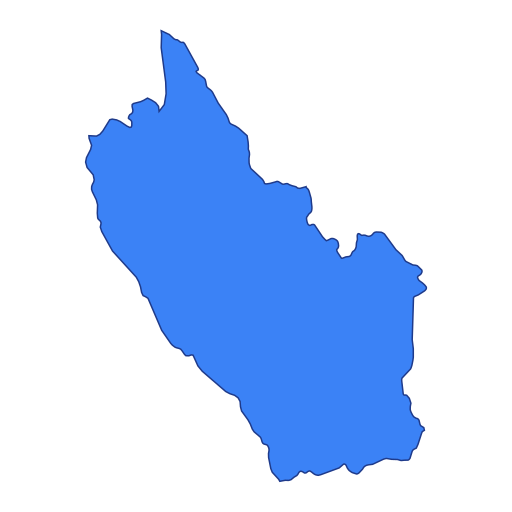 the border of Kanchanaburi
{"feature_id": "THA-399", "entity_name": "Kanchanaburi", "entity_type": "Province", "adm_level": 1, "iso_a3": "THA", "parent_name": "Thailand", "parent_adm1": "", "projection": "natural_earth1", "projection_center": [99.171, 14.699], "detail": "fine", "context": "isolated", "style": "filled", "palette": "blue", "viewbox_px": 512, "rotation_deg": 0, "n_neighbors": 0, "source": "natural_earth", "source_scale": "10m", "svg_char_len": 5396}
<svg xmlns="http://www.w3.org/2000/svg" viewBox="0 0 512 512"><path d="M159.1,111.4L164.3,104.6L166.1,93.8L165.7,82.1L161.2,47.7L161.6,34.5L161.2,30.7L167.5,33.7L169.3,34.5L173.8,38.7L175.2,39.5L176.2,39.8L176.9,39.7L177.8,40.1L180.4,42.1L181.4,42.4L182.2,42.4L182.9,42.3L183.6,42.5L184.8,43.9L197.8,67.5L198.3,69.0L198.2,69.9L197.7,70.3L196.5,70.9L196.3,71.1L196.1,71.3L196.3,71.8L196.9,72.8L204.0,78.1L204.6,78.8L205.2,79.7L205.7,81.6L206.5,85.8L206.7,86.6L207.3,87.4L208.3,88.3L210.2,89.7L211.4,90.8L212.5,92.2L218.2,103.1L226.3,114.6L228.0,118.1L229.3,122.1L229.9,123.1L231.1,124.1L235.5,126.1L238.7,128.2L247.1,135.7L248.1,142.0L248.4,145.9L248.3,148.7L248.4,149.6L248.7,150.4L249.0,151.0L249.4,152.7L249.5,154.5L249.4,155.4L249.0,158.2L249.1,163.0L249.5,164.8L250.5,167.8L250.8,168.4L251.1,168.8L262.0,178.9L262.7,179.7L263.8,181.5L264.2,182.5L264.5,183.4L265.3,183.8L266.7,183.9L270.0,183.4L275.8,181.8L276.5,181.5L277.4,181.4L278.5,181.7L282.1,183.9L282.8,184.2L283.8,184.2L285.4,183.8L286.6,183.6L287.7,183.7L289.1,184.6L292.0,185.7L295.4,186.6L296.2,186.9L296.6,187.3L297.7,188.1L299.9,188.4L306.0,186.7L305.9,187.2L307.7,188.9L308.1,189.3L308.8,190.6L309.4,192.4L311.0,198.1L311.2,199.6L311.3,201.5L311.9,206.9L311.9,208.9L311.6,210.7L311.3,211.5L310.9,212.1L310.4,212.7L309.4,213.5L308.9,214.0L308.5,214.5L307.7,215.8L306.8,217.0L306.6,217.7L306.5,218.4L306.7,220.2L307.1,222.0L307.4,222.9L307.9,224.1L308.5,224.8L309.6,225.4L310.4,225.3L311.7,224.6L312.4,224.5L313.2,224.4L314.0,224.6L314.6,225.0L322.5,236.8L324.8,239.3L326.3,240.7L327.8,240.2L331.0,238.6L331.7,238.5L332.5,238.5L333.4,238.6L334.7,239.1L336.0,239.8L337.2,240.8L337.8,241.8L338.3,243.3L338.6,245.8L338.4,247.0L338.0,248.0L336.7,249.6L336.8,250.7L337.5,252.3L341.3,258.0L341.8,258.3L342.5,258.2L345.9,256.9L349.1,256.5L349.8,256.2L350.3,255.8L350.8,255.3L351.2,254.7L351.8,253.2L352.6,251.8L353.0,251.4L354.2,250.6L354.7,250.0L355.1,249.5L355.7,248.2L356.0,247.4L356.2,246.5L356.4,243.5L356.5,242.6L357.2,240.3L357.4,239.4L357.2,235.8L357.4,234.9L357.6,234.2L358.2,233.7L358.8,233.7L359.5,233.9L360.1,234.3L361.2,235.1L361.8,235.4L362.4,235.3L363.9,235.1L365.4,235.3L366.8,235.9L368.3,236.3L369.1,236.3L369.8,236.1L370.5,235.9L371.1,235.6L371.7,235.2L372.7,234.2L373.6,233.1L374.2,232.7L374.8,232.3L376.3,232.0L380.5,232.2L381.4,232.3L382.7,232.9L384.0,233.7L384.5,234.1L395.9,249.7L402.0,255.4L402.5,256.1L404.9,260.3L405.5,261.0L406.0,261.5L412.5,264.8L413.2,265.0L415.8,265.3L417.2,265.7L418.3,266.6L421.8,270.1L422.0,270.9L422.0,271.9L421.2,273.7L420.4,274.5L419.7,275.1L418.5,275.8L418.0,276.2L417.6,276.9L417.6,277.7L418.1,279.0L418.6,279.8L419.1,280.5L422.5,283.0L424.6,284.9L425.9,286.5L426.3,287.1L426.4,288.0L426.2,289.0L425.2,290.3L424.4,291.0L418.3,294.9L414.9,296.3L414.3,296.7L413.8,297.2L413.5,297.8L412.2,339.7L413.3,348.7L413.3,357.2L412.9,360.3L411.9,365.3L411.2,367.5L410.6,368.9L402.0,378.1L401.7,379.2L401.7,380.8L403.2,393.7L403.5,394.5L404.0,395.0L404.9,395.1L405.7,395.0L406.7,395.3L409.3,398.3L410.9,403.2L410.3,406.4L410.2,409.4L410.5,410.7L411.1,412.3L412.7,415.4L413.9,416.9L416.0,418.2L417.2,418.5L418.2,419.1L419.0,420.2L420.0,424.4L420.7,425.7L423.8,427.6L424.4,430.3L422.3,431.6L421.6,433.2L418.0,444.3L416.3,448.1L416.0,448.3L414.8,448.8L413.4,449.6L412.7,450.4L412.2,451.2L410.0,458.3L409.1,459.5L408.1,460.1L404.4,460.2L401.4,460.5L400.6,460.4L397.6,459.5L391.6,459.3L386.8,458.5L386.0,458.5L383.7,459.1L372.6,464.3L368.6,464.8L366.5,465.3L365.4,465.9L364.6,466.4L363.6,467.4L362.5,469.2L358.9,473.0L357.7,473.7L356.8,474.0L356.0,473.8L352.3,472.6L351.1,471.9L349.3,470.6L348.4,469.6L347.6,468.4L347.2,467.8L346.3,465.7L345.9,465.0L345.3,464.4L344.2,464.0L343.5,464.2L339.2,467.9L320.7,474.7L318.3,475.3L317.5,475.2L316.0,474.9L314.6,474.3L313.4,473.5L312.3,472.6L311.8,472.2L310.5,471.3L309.5,470.9L308.6,471.2L307.7,471.6L306.4,472.7L305.4,473.0L304.5,473.0L302.5,471.7L301.3,471.3L300.4,471.3L299.8,471.6L298.8,472.5L298.1,473.9L297.2,475.1L296.7,475.6L294.3,477.0L291.0,479.7L289.7,480.1L288.7,480.4L285.2,480.3L279.8,481.3L278.7,479.3L272.3,472.3L270.8,468.6L268.6,457.5L268.5,453.5L269.0,450.8L269.0,449.0L268.6,447.5L267.6,445.5L266.7,444.8L263.9,444.0L262.9,443.3L262.1,441.9L261.1,438.5L260.3,437.1L254.1,431.8L252.3,429.1L250.3,424.0L247.9,419.7L241.6,411.0L240.5,406.8L240.1,401.5L238.1,397.8L234.6,395.3L229.9,393.7L225.7,391.5L202.3,371.3L197.9,365.9L193.1,355.2L191.2,354.9L188.9,355.8L185.9,355.7L184.6,354.5L182.0,350.7L180.7,349.2L179.3,348.5L176.3,347.7L174.9,347.1L172.3,345.1L170.7,343.3L161.7,330.3L148.0,298.3L145.5,296.7L143.1,295.6L141.6,292.4L140.5,286.8L138.8,281.8L136.3,277.2L112.5,251.0L101.8,231.6L100.3,227.1L101.0,223.8L101.0,222.6L100.4,221.2L98.3,219.2L97.7,218.0L97.3,213.1L97.6,204.8L96.3,199.8L92.4,191.8L91.6,189.4L91.6,188.2L91.7,186.4L92.5,184.2L93.6,182.2L94.2,179.8L93.2,174.8L93.1,174.7L87.1,167.5L85.6,162.1L86.5,157.6L90.6,149.5L91.6,145.3L90.4,142.0L89.1,138.4L88.9,135.7L94.9,136.0L96.5,136.1L99.9,134.3L102.8,131.0L109.8,119.7L112.2,119.1L116.6,119.9L120.2,121.5L127.0,126.1L129.9,127.5L131.3,127.0L131.8,125.5L131.8,122.0L131.2,120.6L130.1,119.6L128.9,118.8L128.4,118.2L128.6,117.0L129.1,115.8L129.6,115.0L129.8,114.7L131.6,113.6L132.6,112.3L132.9,110.3L132.1,106.4L132.2,104.5L133.5,103.5L140.6,101.7L143.7,100.3L147.5,98.1L151.5,100.1L155.6,102.7L158.5,106.3L159.1,111.4Z" fill="#3b82f6" stroke="#1e3a8a" stroke-width="1.5"/></svg>